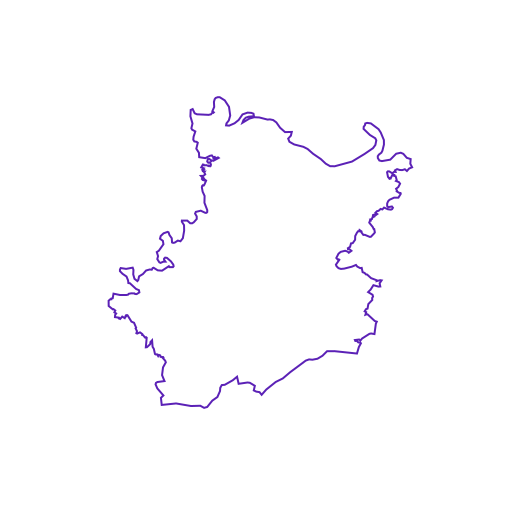 Faridpur, Dhaka, Bangladesh, rotated 128°
{"feature_id": "16705992B67131385183639", "entity_name": "Faridpur", "entity_type": "district", "adm_level": 2, "iso_a3": "BGD", "parent_name": "Bangladesh", "parent_adm1": "Dhaka", "projection": "mercator", "projection_center": [89.785, 23.466], "detail": "fine", "context": "isolated", "style": "outline", "palette": "violet", "viewbox_px": 512, "rotation_deg": 128, "n_neighbors": 0, "source": "geoboundaries", "source_scale": "gbopen_adm2", "svg_char_len": 6136}
<svg xmlns="http://www.w3.org/2000/svg" viewBox="0 0 512 512"><g transform="rotate(128 256 256)"><path d="M343.1,162.9L336.0,159.5L326.4,157.5L307.8,152.4L304.8,150.5L303.0,147.7L299.1,144.3L293.7,142.2L287.3,141.4L282.7,135.6L270.7,116.4L264.4,118.9L260.2,119.6L260.0,120.5L261.1,122.2L260.8,124.3L261.8,125.4L261.3,126.3L258.3,123.3L258.4,121.7L255.7,121.6L247.5,118.7L246.2,117.6L244.6,114.6L235.5,119.9L233.4,120.4L234.1,122.4L233.3,131.9L233.5,132.7L234.9,133.6L232.4,134.6L232.7,136.3L230.2,136.6L228.8,135.7L224.7,137.9L219.1,137.3L217.6,138.6L215.9,138.8L214.8,140.3L215.4,145.4L211.9,145.0L206.7,145.5L204.7,140.6L203.5,139.3L201.4,141.8L197.9,142.0L198.6,143.3L201.5,145.5L200.8,145.9L202.6,151.7L202.2,157.0L202.8,158.0L202.5,160.1L203.1,162.0L200.3,165.4L201.4,166.4L202.0,169.7L201.5,171.7L205.4,173.9L211.6,178.7L213.9,181.1L214.8,183.5L214.5,186.2L213.6,187.7L207.7,188.0L207.7,188.8L208.5,189.3L208.1,191.5L203.4,192.4L200.6,191.8L197.0,189.0L196.1,186.5L196.3,184.9L193.2,184.0L193.1,186.2L193.9,187.8L193.3,188.4L190.9,187.5L187.6,188.9L186.3,187.7L182.2,187.9L179.2,190.1L175.5,190.8L173.6,190.8L173.0,189.9L171.8,190.4L171.7,188.3L172.2,188.4L173.3,184.4L172.3,183.2L170.9,178.1L170.1,177.3L165.2,176.8L164.2,176.9L162.0,179.4L162.3,179.9L161.3,181.8L160.0,187.3L158.2,187.9L157.5,187.4L156.9,188.5L155.5,187.4L153.9,188.0L152.3,187.2L152.4,188.6L151.6,189.0L150.5,188.2L150.0,186.8L148.3,186.3L148.4,188.5L146.2,188.3L144.9,187.2L142.2,186.8L141.5,185.1L139.0,184.9L138.0,180.9L136.4,178.2L135.3,177.6L133.7,177.8L133.3,179.4L136.1,181.9L135.9,183.4L133.8,185.0L131.5,185.6L129.5,185.4L125.0,183.1L122.4,179.7L117.9,180.2L117.4,180.9L118.1,182.1L118.4,185.0L117.7,185.2L116.8,187.0L114.1,186.3L110.3,187.0L109.8,188.9L110.7,191.9L109.5,191.9L107.2,195.0L108.0,197.1L107.1,197.2L107.6,198.2L108.5,198.5L111.2,197.8L111.7,198.3L112.2,197.7L113.0,198.3L112.4,200.7L109.3,204.3L108.1,204.2L107.3,203.1L106.9,199.5L104.6,199.0L103.8,197.8L102.9,199.2L100.7,198.3L99.7,195.6L98.1,193.5L96.0,192.1L96.1,189.4L92.8,189.2L90.0,187.6L88.3,191.2L84.4,193.8L85.8,197.6L84.8,202.8L85.5,205.5L89.1,208.5L97.4,209.5L103.7,215.2L104.8,217.6L103.8,220.3L102.4,221.5L100.4,221.6L97.4,220.8L95.2,221.2L89.4,223.8L85.9,226.6L81.9,233.7L80.6,237.5L80.8,247.1L82.7,250.4L84.3,251.5L85.8,250.7L87.8,250.7L89.6,249.5L90.5,240.8L89.8,234.5L90.8,232.4L95.0,230.3L99.0,230.2L108.8,233.3L122.5,238.5L136.8,249.2L139.6,252.9L140.3,257.9L139.7,264.6L140.3,273.9L139.9,281.2L140.8,285.9L144.6,294.6L145.4,300.0L143.7,302.9L139.7,302.6L136.2,304.2L140.5,309.4L140.1,316.0L138.2,322.2L138.3,326.2L139.8,329.2L141.4,330.9L144.8,338.7L147.8,342.9L151.8,345.8L159.4,348.7L156.5,349.6L153.3,349.2L150.7,347.5L147.1,343.7L145.4,345.6L146.1,347.8L148.2,350.9L152.7,353.8L159.5,353.4L164.6,354.6L169.8,357.4L171.5,360.0L169.7,360.9L165.9,360.9L161.2,362.8L155.1,369.1L152.6,376.4L153.2,382.3L154.4,383.9L156.3,385.1L157.9,385.1L160.5,384.0L164.3,380.7L168.8,379.5L168.8,377.7L169.4,377.8L169.4,378.6L172.1,378.7L174.0,380.3L180.7,389.8L181.3,392.2L179.2,396.4L181.1,397.4L186.3,393.7L190.7,387.6L195.1,385.6L195.8,384.2L195.2,380.5L200.5,378.6L203.0,377.0L203.7,375.1L202.6,373.1L202.6,371.6L208.2,369.1L209.8,364.5L213.1,361.6L210.1,356.2L205.4,354.0L203.9,352.7L204.5,350.6L203.3,349.5L203.6,349.0L205.1,349.5L205.2,348.8L201.7,346.7L201.7,345.8L207.2,348.2L207.6,349.3L208.9,349.7L208.2,350.8L208.3,352.7L209.4,353.6L211.6,352.6L211.9,351.0L210.9,350.3L211.0,348.9L211.7,347.8L212.9,347.2L213.6,347.4L213.7,348.8L214.4,348.9L214.9,350.9L216.6,352.8L216.2,353.4L216.6,354.2L219.9,353.7L219.0,351.1L220.6,351.3L220.3,350.4L221.5,350.8L221.8,350.3L221.1,349.6L221.7,349.1L221.1,348.4L221.9,348.4L222.9,346.3L225.2,346.8L226.8,348.7L227.4,345.8L226.8,345.7L226.9,344.8L227.8,344.7L228.0,346.2L228.6,346.1L228.9,344.8L228.1,343.0L227.3,342.8L227.3,341.7L231.6,340.6L232.7,340.6L232.9,341.4L233.8,341.6L235.2,341.0L238.2,337.6L240.3,333.5L245.8,329.4L249.9,322.6L251.4,321.5L252.4,321.6L253.2,322.5L254.3,327.4L258.3,330.6L260.1,330.1L261.3,327.1L263.3,325.5L267.8,325.8L269.6,326.5L270.7,328.0L270.4,331.9L273.7,336.2L274.6,335.6L276.0,331.7L280.3,328.2L287.0,324.6L290.9,324.6L292.0,327.1L295.5,328.3L296.7,329.4L297.0,330.5L293.9,333.3L292.7,337.2L291.2,339.5L291.4,340.5L295.0,342.8L298.9,343.4L301.5,342.3L301.4,338.7L303.7,336.2L311.7,335.8L314.0,336.6L316.4,333.1L319.2,331.9L320.5,328.3L320.2,327.0L317.5,325.5L316.2,323.9L315.5,326.2L314.7,326.8L313.2,326.6L312.3,325.0L312.6,319.7L313.7,315.9L314.8,314.6L315.9,314.6L318.1,317.4L317.7,318.4L325.4,321.0L327.8,324.6L328.3,329.5L329.1,330.0L331.0,329.7L332.0,331.4L335.1,333.7L339.8,334.0L344.0,335.6L347.4,334.0L348.8,334.0L348.8,337.7L346.1,341.4L342.4,344.0L341.1,346.0L346.1,350.4L348.8,355.2L350.4,354.9L351.7,353.9L352.2,350.2L351.9,345.4L354.0,341.8L355.9,339.9L355.1,338.6L355.8,330.2L355.0,327.2L356.5,325.5L359.5,326.6L360.4,327.9L360.3,328.7L362.2,331.3L364.1,333.0L365.2,333.0L366.5,334.1L370.5,339.2L373.4,345.1L377.5,342.9L378.6,343.8L379.2,343.4L379.8,344.2L382.0,344.6L386.1,341.3L386.2,336.0L385.6,335.6L385.6,333.3L387.6,332.9L387.4,330.8L389.2,330.7L391.0,329.5L389.5,327.0L389.6,325.6L389.0,325.7L389.1,324.3L386.1,324.1L385.8,321.2L382.9,322.0L382.6,321.7L383.0,321.3L382.0,321.3L381.8,320.8L384.4,313.7L383.7,311.0L386.3,306.3L387.2,306.3L388.5,303.5L390.5,302.7L390.3,301.9L387.6,300.4L387.5,297.6L388.3,297.1L387.9,296.1L388.6,293.2L388.4,292.7L387.7,292.6L387.7,291.8L395.8,286.6L395.0,285.8L390.6,285.1L388.7,286.2L386.4,286.0L391.2,281.6L392.1,279.3L395.4,275.3L395.4,274.6L394.4,273.4L395.1,271.5L394.3,271.6L394.2,272.4L393.6,271.4L393.3,270.3L394.2,269.1L392.8,266.9L393.0,266.5L393.7,266.9L394.4,263.1L395.3,261.6L401.0,260.7L407.7,256.7L410.9,251.1L416.0,256.1L417.6,256.7L419.0,256.1L421.1,252.2L422.9,243.1L426.3,243.6L431.4,238.6L421.4,228.2L414.2,214.8L408.3,207.7L407.6,203.4L405.0,201.5L396.9,201.4L390.9,199.6L384.6,201.2L381.9,203.0L378.8,203.5L376.7,201.3L368.2,197.8L362.8,196.6L367.4,191.0L360.9,184.8L359.7,182.8L359.0,177.0L363.3,175.0L362.7,172.3L361.1,169.4L361.9,166.1L354.9,165.7L343.1,162.9Z" fill="none" stroke="#5b21b6" stroke-width="2"/></g></svg>